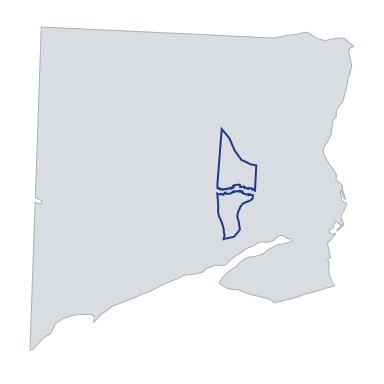 Zemam Out, Al Bahr al Ahmar, Egypt shown in context, rotated 92°
{"feature_id": "37247803B6993574009783", "entity_name": "Zemam Out", "entity_type": "district", "adm_level": 2, "iso_a3": "EGY", "parent_name": "Egypt", "parent_adm1": "Al Bahr al Ahmar", "projection": "natural_earth1", "projection_center": [30.77, 28.19], "detail": "fine", "context": "in_parent", "style": "outline", "palette": "blue", "viewbox_px": 384, "rotation_deg": 92, "n_neighbors": 0, "source": "geoboundaries", "source_scale": "gbopen_adm2", "svg_char_len": 7464}
<svg xmlns="http://www.w3.org/2000/svg" viewBox="0 0 384 384"><g transform="rotate(92 192 192)"><path d="M355.6,348.4L346.7,348.4L337.8,348.4L328.8,348.4L319.9,348.4L311.0,348.4L302.1,348.4L293.2,348.4L284.3,348.4L275.4,348.4L266.4,348.4L257.5,348.4L248.6,348.4L239.7,348.4L230.8,348.4L221.9,348.4L212.9,348.4L207.8,348.4L208.7,345.5L209.2,343.5L208.6,342.1L206.9,341.7L205.8,342.2L203.1,348.2L201.7,348.4L198.6,348.4L188.2,348.4L177.8,348.4L167.4,348.4L157.0,348.4L146.6,348.4L136.3,348.4L125.9,348.4L115.5,348.4L105.1,348.4L94.7,348.4L84.4,348.4L74.0,348.4L63.6,348.4L53.2,348.4L42.8,348.4L32.4,348.4L32.5,341.1L32.6,333.9L32.7,326.6L32.8,319.3L32.8,312.1L32.9,304.8L33.0,297.5L33.1,290.3L33.2,283.0L33.2,275.7L33.3,268.5L33.4,261.2L33.5,253.9L33.6,246.6L33.7,239.4L33.8,232.1L33.9,224.8L33.9,217.5L34.0,210.3L34.1,203.0L34.2,195.7L34.3,188.5L34.4,181.2L34.5,173.9L34.6,166.6L34.7,159.3L34.8,152.1L34.9,144.8L35.0,137.5L35.1,130.2L35.2,123.0L35.3,115.7L35.1,114.3L33.7,109.4L32.4,103.1L31.1,95.4L30.9,92.9L28.6,84.9L28.4,82.7L29.0,81.1L33.2,74.4L34.4,71.1L35.5,67.2L35.9,64.0L34.8,59.2L33.5,54.8L33.1,50.3L32.9,45.9L35.0,42.9L37.5,40.1L38.5,38.4L40.0,36.5L41.0,35.6L42.9,39.5L47.1,40.2L60.6,36.7L75.5,40.2L83.8,41.5L96.4,44.5L104.1,49.9L106.3,50.6L111.8,50.5L115.4,53.6L130.0,55.1L137.7,58.6L142.1,61.4L144.7,62.3L147.0,62.1L150.2,61.1L154.2,59.1L158.5,56.4L167.5,49.4L170.7,48.2L172.8,48.5L175.3,48.4L176.3,46.5L177.7,45.2L178.5,43.7L179.9,42.0L184.5,41.5L193.9,38.4L192.8,39.9L184.3,43.3L187.9,43.7L191.7,42.5L195.9,41.8L196.7,40.3L197.3,37.6L198.1,37.2L201.0,37.7L209.8,41.9L212.0,42.0L218.1,39.7L219.4,39.2L221.4,40.5L226.0,45.7L224.4,45.6L219.5,41.1L219.1,43.4L216.3,47.3L219.8,49.0L222.6,49.6L224.2,51.8L225.1,53.8L227.9,52.9L229.9,50.3L228.8,48.8L228.1,47.3L229.0,47.2L231.0,48.5L236.6,53.5L238.4,54.6L240.6,54.4L245.1,53.0L246.3,53.2L252.4,51.3L253.1,52.7L254.1,54.0L259.0,52.5L266.6,52.6L272.9,50.9L280.1,46.9L280.7,46.3L281.1,47.3L281.9,50.0L284.2,56.9L286.2,62.4L288.6,69.9L289.4,72.7L289.7,74.7L293.2,83.0L295.3,89.8L296.9,95.3L299.1,103.3L300.0,106.1L298.5,107.6L295.6,112.8L292.6,129.4L288.1,142.4L287.7,150.5L287.0,153.5L284.8,157.6L282.2,161.6L277.5,159.5L269.8,152.4L265.4,145.7L260.6,141.4L256.0,135.6L254.8,131.4L254.8,128.8L252.8,122.3L251.3,119.2L245.8,112.3L244.2,108.6L243.0,107.0L241.8,104.7L239.8,95.7L237.6,90.0L235.1,91.6L235.6,94.0L233.4,97.3L232.2,101.1L233.2,104.3L237.7,109.1L238.6,111.1L239.6,115.7L239.5,121.8L240.2,123.9L243.6,128.5L244.8,131.2L245.6,133.6L246.7,135.7L250.0,139.7L254.9,147.2L259.5,152.3L262.8,154.8L264.2,157.3L264.5,163.7L264.3,166.7L267.2,172.4L268.3,175.3L271.1,177.7L272.4,180.4L273.6,184.8L275.5,197.8L277.9,200.9L285.6,218.0L292.0,228.8L295.2,236.8L300.0,246.6L309.3,268.2L314.9,274.8L317.1,278.5L321.1,281.4L325.5,285.6L321.3,285.2L320.3,285.4L318.9,286.1L318.2,288.6L317.9,290.7L318.5,301.6L319.7,307.1L323.4,317.7L326.2,320.8L327.5,322.9L329.3,324.3L338.0,327.9L343.1,335.5L354.4,345.1L355.6,347.8L355.6,348.4Z" fill="#d9dde1" stroke="#a8b0b8" stroke-width="1"/><path d="M183.4,166.9L187.3,166.7L187.3,166.2L187.2,166.2L187.2,165.9L187.3,166.0L187.4,165.9L187.4,165.6L187.3,165.4L187.4,165.2L187.5,165.3L187.6,165.0L187.5,164.8L187.5,164.6L187.6,164.4L187.7,164.5L187.9,164.3L187.8,164.2L188.0,164.0L187.9,163.9L188.2,164.0L188.3,163.6L188.2,163.5L188.2,163.4L188.2,163.2L188.3,162.9L188.5,162.4L188.4,162.3L188.4,162.2L188.5,162.1L188.3,161.9L188.2,161.9L188.5,161.1L188.6,160.9L188.5,160.4L188.5,160.2L188.2,159.9L187.9,159.1L188.0,158.8L187.9,158.5L187.9,158.3L187.9,157.9L187.9,157.7L187.8,157.8L187.6,157.8L187.4,157.6L187.4,157.2L187.5,157.0L187.4,156.9L187.5,156.7L187.4,156.7L187.4,156.3L187.3,155.9L187.1,155.3L187.1,154.6L186.9,154.4L186.9,154.2L187.0,154.1L186.9,154.0L186.6,154.0L186.5,153.9L186.4,153.6L186.4,153.4L186.4,152.9L186.6,152.9L186.6,152.6L186.5,152.4L186.4,152.3L186.3,152.2L186.5,152.2L186.4,152.1L186.2,152.1L186.0,151.7L185.9,151.6L185.9,151.4L186.0,151.4L186.5,151.4L186.4,151.2L186.3,151.3L186.2,151.2L186.2,151.3L186.1,151.2L186.1,151.3L186.0,151.2L185.9,151.2L186.0,151.1L185.9,151.0L185.2,151.2L184.9,151.1L184.3,151.0L184.3,150.9L183.9,150.3L183.7,150.0L183.8,149.9L183.9,149.7L183.8,149.2L183.8,148.8L183.5,148.4L183.3,147.6L183.3,146.9L183.3,146.4L183.2,146.1L183.0,145.8L183.2,145.2L183.1,144.5L183.3,144.4L183.7,144.2L185.0,144.0L185.3,144.1L185.5,143.7L185.4,143.4L185.4,143.2L185.3,142.9L185.2,142.9L185.1,142.6L184.8,141.7L185.1,140.9L185.2,140.6L185.4,140.4L185.2,140.4L184.8,140.1L184.8,139.9L184.9,139.7L185.1,139.5L185.3,139.5L185.9,139.6L185.9,139.4L186.0,139.1L185.9,138.8L185.9,138.5L185.9,138.4L186.0,138.3L186.1,138.1L186.3,137.8L186.2,137.7L186.2,137.4L186.3,137.3L186.4,137.1L186.5,136.9L186.7,136.7L186.8,136.5L186.8,136.4L186.7,136.3L186.6,136.2L186.8,136.0L186.7,135.9L186.7,135.6L186.2,135.6L186.0,135.1L186.5,134.8L186.5,134.6L186.5,134.4L186.5,133.7L186.4,133.5L186.3,133.3L186.2,132.8L186.3,132.6L186.6,132.3L186.6,132.1L186.6,131.8L186.5,131.6L186.6,131.3L186.7,131.2L186.8,131.2L187.0,131.3L187.3,131.5L187.3,131.3L187.4,131.1L187.6,130.6L187.7,130.4L187.9,130.2L188.1,130.0L188.3,129.8L188.3,129.7L188.4,129.4L188.5,129.1L163.2,128.7L162.3,134.4L160.1,139.2L158.3,143.6L149.3,150.7L136.8,156.6L128.1,164.5L183.4,166.9ZM193.3,131.0L193.4,131.3L193.2,131.4L193.2,131.5L193.2,131.8L193.1,132.0L192.8,132.2L192.7,132.6L192.5,133.4L192.6,133.5L192.7,133.9L193.0,134.2L193.0,134.4L192.9,134.5L192.7,134.3L192.7,134.2L192.5,134.3L192.6,134.5L192.4,134.4L192.3,134.6L192.2,134.6L192.2,134.8L192.1,135.0L192.0,135.3L192.1,135.5L192.3,135.9L192.3,136.1L192.4,136.4L192.4,136.6L192.5,136.8L192.6,137.1L192.7,137.3L192.5,137.1L192.5,137.3L192.4,137.3L192.2,137.3L192.1,137.2L192.2,137.4L192.3,137.5L192.3,137.9L192.3,138.2L192.3,139.0L192.2,139.2L191.9,139.7L191.9,140.0L191.7,140.1L191.5,140.4L191.4,140.5L191.2,140.7L191.3,140.8L191.2,140.9L191.2,141.1L190.9,141.1L190.7,141.2L190.8,141.3L190.6,141.5L190.4,141.6L190.2,141.9L190.0,142.0L189.9,142.0L190.0,142.2L189.9,142.3L190.1,142.5L189.8,142.6L189.9,143.1L189.9,143.3L189.6,143.4L189.5,143.5L189.4,143.8L189.2,144.2L189.3,144.3L189.2,144.3L189.2,144.6L189.3,144.8L189.5,145.4L189.5,145.7L189.5,145.9L189.5,146.1L189.5,146.5L189.7,147.1L189.8,147.2L189.8,147.3L189.9,147.6L189.9,147.9L189.8,148.2L189.8,148.7L189.9,149.0L189.8,149.4L189.7,150.2L189.8,150.3L189.9,150.6L190.3,151.2L190.7,151.5L190.8,151.6L191.1,151.8L191.4,152.5L191.8,152.7L192.0,153.0L192.0,153.4L192.1,153.5L192.3,154.4L192.4,154.6L192.6,155.1L192.6,156.0L192.5,156.5L192.4,156.9L192.3,157.2L192.3,157.4L192.2,157.6L191.9,158.0L191.8,158.6L191.6,158.6L191.7,158.8L191.8,158.8L191.7,158.9L192.0,159.2L192.2,159.6L192.4,159.7L192.5,159.7L192.7,159.8L192.6,160.0L192.8,160.2L193.0,160.2L193.1,160.4L193.3,160.4L193.5,160.5L193.4,160.9L193.6,161.0L193.4,161.3L193.4,161.5L193.2,161.7L193.1,161.9L193.1,162.1L193.2,162.3L192.9,163.2L192.9,163.4L192.9,163.6L193.1,163.8L193.3,164.3L193.3,164.7L193.5,164.8L193.4,165.1L193.4,165.3L193.2,165.5L193.1,166.1L192.9,166.3L192.7,166.7L200.1,165.8L205.0,165.3L210.8,165.3L215.0,164.3L219.0,162.3L223.1,160.5L228.3,159.0L231.8,158.7L233.3,157.9L238.0,158.7L237.4,156.9L237.0,155.2L235.7,150.0L235.3,148.6L231.9,145.7L227.8,142.8L224.5,143.5L219.7,144.3L215.0,146.0L210.8,145.3L205.5,143.3L202.0,141.0L200.4,138.1L198.9,134.3L196.8,131.3L193.3,131.0ZM190.9,151.1L190.6,151.5L189.8,150.3L189.9,149.4L190.5,149.5L190.7,150.6L190.9,151.1Z" fill="none" stroke="#1e3a8a" stroke-width="2"/></g></svg>